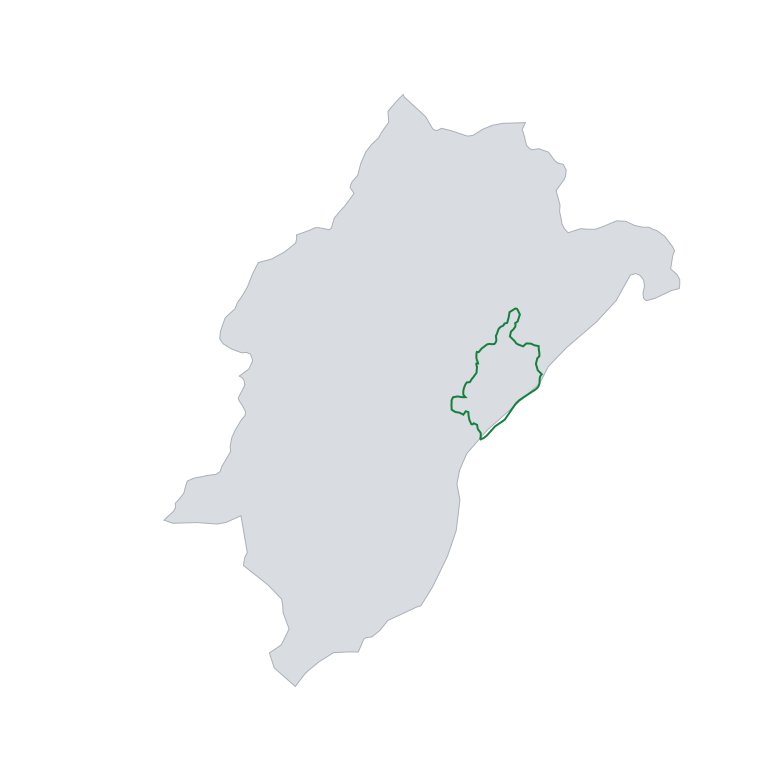 Pleven on a map of Bulgaria (Robinson projection), rotated 128°
{"feature_id": "BGR-2248", "entity_name": "Pleven", "entity_type": "Province", "adm_level": 1, "iso_a3": "BGR", "parent_name": "Bulgaria", "parent_adm1": "", "projection": "robinson", "projection_center": [24.614, 43.502], "detail": "fine", "context": "in_parent", "style": "outline", "palette": "green", "viewbox_px": 768, "rotation_deg": 128, "n_neighbors": 0, "source": "natural_earth", "source_scale": "10m", "svg_char_len": 3617}
<svg xmlns="http://www.w3.org/2000/svg" viewBox="0 0 768 768"><g transform="rotate(128 384 384)"><path d="M626.8,473.6L613.9,471.5L609.5,472.2L606.7,475.0L600.7,474.5L593.4,474.5L585.7,477.8L581.5,479.2L575.8,476.2L565.1,467.1L558.6,460.8L553.8,459.2L549.0,461.0L531.8,463.2L527.8,466.9L519.9,470.9L511.9,472.9L500.5,474.3L494.5,474.1L491.1,476.0L488.3,482.0L486.4,487.8L484.8,490.2L470.5,493.0L467.4,496.4L466.5,499.6L466.8,502.9L455.4,499.7L446.6,501.8L444.6,504.3L442.7,507.9L443.8,511.8L447.1,515.5L450.2,525.5L451.4,535.6L449.5,541.3L443.0,545.4L429.5,549.9L416.3,547.7L410.5,549.5L400.8,550.1L391.9,551.3L378.1,555.4L365.7,557.8L354.5,549.4L341.2,543.7L327.3,540.3L322.5,542.8L320.4,544.7L308.7,537.3L303.5,534.7L301.0,531.8L296.1,521.9L293.3,521.6L283.7,525.3L274.4,525.1L268.8,524.5L252.3,524.9L250.1,531.6L248.1,532.7L244.5,533.6L235.7,533.2L224.4,538.1L212.3,541.2L202.9,541.3L193.2,539.8L187.4,540.9L174.8,541.4L166.8,548.7L154.5,548.3L144.1,547.1L145.4,544.7L147.7,515.8L152.9,502.9L152.7,500.2L151.6,498.2L147.1,496.1L143.9,489.1L137.2,470.7L133.4,467.0L122.6,463.1L113.3,457.8L105.4,450.8L91.0,433.5L98.4,431.8L100.6,428.3L108.1,418.8L108.9,414.1L108.2,411.5L103.3,406.9L100.0,397.0L102.7,387.6L102.9,382.8L100.5,378.1L103.2,372.2L108.5,368.9L111.8,368.0L125.7,367.4L134.6,355.5L140.0,351.8L145.6,345.1L148.1,342.6L150.6,337.4L151.5,332.1L140.5,324.6L136.8,319.0L132.0,312.8L125.4,308.5L112.1,301.1L107.0,293.7L104.7,284.0L101.2,276.6L97.4,271.9L96.7,268.0L95.1,263.2L94.8,253.8L98.1,241.3L100.2,236.9L104.7,235.7L116.8,229.0L117.4,220.5L119.6,215.3L123.5,212.2L127.0,210.2L133.5,215.1L149.3,223.0L157.0,228.7L156.6,232.3L153.0,235.8L146.0,239.3L142.0,243.8L140.8,249.5L141.8,253.5L146.6,257.0L175.2,252.4L204.2,254.8L243.1,262.6L269.0,265.3L288.0,261.7L323.4,268.2L356.3,274.2L387.9,276.0L405.6,271.3L418.0,264.9L428.6,252.8L455.0,236.9L480.4,228.0L513.9,220.8L536.2,218.4L539.4,220.8L568.0,235.4L580.7,235.5L591.0,238.0L594.8,241.9L597.4,242.9L611.0,239.3L617.1,247.2L626.8,258.4L642.9,264.2L657.3,267.4L661.9,267.9L677.0,267.7L675.3,295.7L666.5,308.7L652.8,304.3L635.4,308.0L626.4,322.7L621.2,327.1L616.5,332.3L613.8,351.5L613.5,383.0L606.9,386.8L600.9,388.0L575.9,415.6L590.6,423.4L597.2,429.4L608.1,445.8L623.6,464.5L626.8,473.6Z" fill="#d9dde1" stroke="#a8b0b8" stroke-width="1"/><path d="M291.4,260.7L294.6,261.1L309.7,266.2L313.8,267.5L318.2,268.1L337.9,266.9L349.0,270.4L361.1,271.2L365.0,272.1L368.1,273.7L367.8,274.4L365.3,275.8L363.0,277.7L361.7,282.4L358.9,285.5L359.7,289.1L361.2,289.3L361.9,290.4L359.8,294.5L357.1,297.6L354.2,300.3L355.2,302.8L359.3,302.6L360.1,306.8L362.1,310.5L362.6,314.8L358.7,318.2L357.0,319.2L355.5,320.6L353.7,321.1L351.9,321.4L348.5,318.4L346.1,314.0L344.2,311.7L343.7,314.7L342.1,316.2L339.6,317.8L336.8,318.9L334.1,319.6L331.7,319.7L329.7,317.5L326.1,317.9L324.0,317.8L318.2,318.0L313.2,321.3L311.9,323.2L310.9,323.8L309.9,322.5L308.8,323.9L308.0,325.5L306.3,327.5L302.9,330.0L301.5,330.5L301.2,329.7L300.5,329.0L295.9,328.9L289.2,327.1L287.4,325.5L286.1,323.3L284.4,321.6L282.6,321.6L280.8,322.1L278.9,323.7L277.3,325.4L274.7,326.0L271.9,327.0L269.6,327.6L267.3,327.3L264.4,325.9L262.3,326.3L260.0,324.6L255.1,326.6L250.1,329.3L243.7,327.0L242.9,325.4L243.9,323.1L245.6,319.7L252.5,317.2L253.9,317.6L255.3,318.1L256.3,316.9L258.1,315.8L261.3,315.7L264.5,316.2L269.0,314.1L269.8,307.3L270.5,305.1L270.4,303.1L268.7,297.6L264.4,296.8L261.8,293.2L260.8,289.1L258.9,285.5L261.3,283.5L263.8,280.8L266.4,278.7L269.4,279.0L274.6,276.7L278.5,271.3L279.2,265.7L281.3,265.7L282.9,265.2L288.1,261.7L291.4,260.7Z" fill="none" stroke="#15803d" stroke-width="2"/></g></svg>